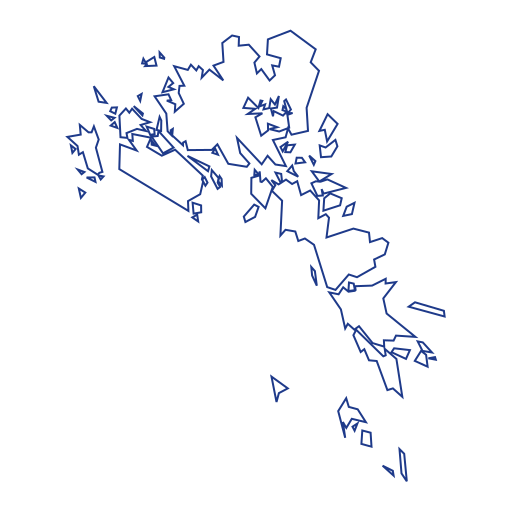 Kota Batam, Kepulauan Riau, Indonesia
{"feature_id": "22746128B16651418017337", "entity_name": "Kota Batam", "entity_type": "district", "adm_level": 2, "iso_a3": "IDN", "parent_name": "Indonesia", "parent_adm1": "Kepulauan Riau", "projection": "albers", "projection_center": [104.04, 0.834], "detail": "fine", "context": "isolated", "style": "outline", "palette": "blue", "viewbox_px": 512, "rotation_deg": 0, "n_neighbors": 0, "source": "geoboundaries", "source_scale": "gbopen_adm2", "svg_char_len": 6089}
<svg xmlns="http://www.w3.org/2000/svg" viewBox="0 0 512 512"><path d="M237.0,137.9L261.7,164.3L267.6,155.8L275.4,164.5L285.9,166.1L272.9,140.0L285.6,137.3L288.0,128.4L291.5,134.7L308.0,130.9L306.6,107.8L319.0,70.8L310.7,62.3L315.7,49.3L290.5,30.7L267.9,39.4L267.0,54.4L280.7,58.2L279.0,66.7L272.2,65.4L275.0,75.3L269.6,80.5L261.3,69.1L256.9,73.4L254.4,62.6L259.5,56.5L248.8,44.7L238.7,45.7L239.0,37.0L232.1,35.5L222.3,43.0L223.5,61.9L213.5,65.6L223.3,80.4L209.4,69.6L201.7,77.7L202.9,70.0L198.7,66.2L196.3,70.4L190.9,64.7L187.8,69.9L174.2,66.2L184.3,85.7L179.5,85.9L178.7,93.0L183.8,103.8L174.8,111.7L175.3,104.2L166.8,100.6L171.2,100.2L168.5,94.3L154.6,96.3L166.3,113.6L167.6,131.2L171.3,135.0L170.7,130.3L172.8,128.9L172.2,135.4L183.0,145.3L183.1,142.6L185.6,141.2L187.8,150.1L211.8,149.9L217.4,144.3L228.3,163.8L246.8,166.8L249.4,163.5L240.2,153.1L237.0,137.9ZM248.1,97.7L258.4,108.0L260.5,100.5L262.3,100.9L259.6,106.4L265.1,104.4L263.5,109.4L269.2,108.1L270.7,99.2L274.9,104.5L278.9,96.0L277.0,107.6L270.9,108.5L273.0,116.3L273.7,111.1L283.0,115.6L286.7,111.6L282.5,110.1L283.3,106.2L286.4,109.3L284.2,101.1L286.0,99.5L290.9,109.5L287.8,113.3L292.6,113.0L287.4,114.9L289.2,127.7L279.2,131.5L269.5,129.1L277.2,127.2L267.9,123.7L268.1,130.4L261.2,135.7L255.4,117.3L262.4,113.3L247.7,114.0L255.3,108.8L243.4,107.9L248.1,97.7ZM297.2,181.2L292.1,184.0L286.0,179.6L278.6,184.4L271.4,180.1L275.3,185.2L271.9,190.8L282.1,200.7L280.4,235.6L285.5,229.8L295.3,231.5L298.3,241.0L304.9,238.5L314.0,244.8L327.2,287.1L335.5,289.9L348.8,274.5L357.0,277.2L375.4,266.8L374.1,259.5L384.8,254.4L388.4,242.7L382.2,238.1L370.0,242.1L369.0,232.6L353.4,228.6L326.5,237.5L329.0,217.7L325.8,214.2L318.3,218.2L319.1,200.4L310.2,190.5L301.1,195.1L297.2,181.2ZM151.0,137.7L132.3,134.0L132.8,140.9L128.9,139.8L136.6,150.5L120.0,144.4L119.3,169.1L188.4,210.9L188.0,201.1L200.2,194.2L203.1,181.6L201.9,179.3L202.8,175.6L175.1,149.7L161.8,155.7L147.0,146.9L151.0,137.7ZM385.7,278.8L372.1,285.6L355.1,286.2L355.6,290.0L354.8,290.8L348.5,291.7L343.2,287.3L338.6,294.3L329.3,292.4L340.9,309.4L345.2,328.5L347.8,323.8L354.3,329.6L359.0,326.2L372.6,343.1L384.2,346.6L383.9,340.3L393.6,340.6L396.0,335.6L415.4,336.9L386.6,313.5L383.3,298.4L395.9,282.1L385.6,283.5L385.7,278.8ZM356.2,329.8L353.4,335.2L360.7,352.0L364.3,349.2L369.0,360.3L376.7,361.0L387.4,390.1L392.9,388.4L402.3,396.8L396.4,358.9L384.7,348.8L385.7,355.3L383.3,356.3L356.2,329.8ZM88.5,132.3L79.8,124.9L80.7,134.6L67.4,136.9L77.5,146.0L78.9,154.7L82.9,152.2L87.8,168.4L97.7,174.7L99.4,172.8L102.4,171.9L95.9,147.7L98.7,139.5L93.9,126.4L91.6,132.3L88.5,132.3ZM129.3,112.7L125.9,108.5L119.4,115.6L120.5,137.2L127.4,137.9L126.5,133.1L137.0,128.9L146.0,131.0L140.6,125.0L150.1,122.2L141.6,118.9L132.1,108.7L129.3,112.7ZM260.5,181.6L259.7,171.4L259.0,175.6L251.4,177.8L251.2,193.8L265.4,208.3L272.8,186.8L265.9,178.3L261.8,182.0L260.5,181.6ZM346.2,398.2L338.2,411.1L345.2,437.8L342.9,422.0L346.3,427.9L351.8,418.8L365.9,422.2L357.7,409.3L348.8,406.9L346.2,398.2ZM327.4,179.4L320.6,181.7L315.8,181.3L311.4,183.3L317.4,195.9L322.8,195.5L321.6,189.1L323.6,193.6L346.0,187.9L327.4,179.4ZM327.6,114.2L319.4,130.9L324.8,129.8L327.1,141.4L337.6,123.9L327.6,114.2ZM341.7,198.2L330.2,193.4L324.2,198.3L323.4,210.7L340.1,205.3L341.7,198.2ZM335.4,139.9L325.6,147.5L319.7,145.4L321.0,157.2L331.3,156.5L337.4,146.3L335.4,139.9ZM173.6,147.6L158.5,131.0L157.7,136.0L151.6,136.6L163.0,153.3L173.6,147.6ZM415.0,302.3L408.7,306.7L444.6,316.5L443.9,310.8L415.0,302.3ZM287.8,388.4L271.5,376.6L276.5,402.0L278.9,393.1L287.8,388.4ZM409.9,350.1L394.1,348.3L391.5,352.2L406.0,358.9L409.9,350.1ZM331.6,174.0L311.8,171.3L319.3,181.5L331.6,174.0ZM362.3,430.5L361.4,443.9L371.5,446.7L370.6,432.7L362.3,430.5ZM106.6,102.9L93.8,86.2L98.6,101.7L106.6,102.9ZM209.4,166.4L187.5,155.9L208.0,171.2L209.4,166.4ZM421.1,350.9L414.8,360.9L427.6,366.7L426.1,354.8L421.1,350.9ZM399.5,449.1L401.5,473.4L406.8,481.3L404.2,453.8L399.5,449.1ZM254.2,204.6L243.8,216.6L245.4,222.0L255.1,216.9L258.6,206.9L254.2,204.6ZM354.5,202.8L346.7,206.7L343.2,215.9L351.9,214.1L354.5,202.8ZM192.6,202.7L193.6,213.6L201.2,212.3L201.1,205.4L192.6,202.7ZM154.3,57.0L146.2,62.0L146.8,64.2L145.2,66.1L156.5,65.6L154.3,57.0ZM211.8,170.1L211.1,176.4L217.6,188.9L220.2,186.9L217.7,182.7L218.6,178.0L211.8,170.1ZM417.7,341.4L422.5,350.9L432.0,352.5L422.8,342.4L417.7,341.4ZM173.2,83.1L168.5,77.5L162.5,92.2L173.9,89.3L168.4,86.9L173.2,83.1ZM292.2,165.5L287.3,171.2L298.2,176.7L293.8,171.1L292.2,165.5ZM294.8,144.6L287.1,145.3L285.3,152.1L290.4,152.3L294.8,144.6ZM159.6,116.9L156.5,129.9L161.1,131.0L161.3,120.5L159.6,116.9ZM349.0,282.5L348.4,291.0L354.9,290.2L353.7,283.6L349.0,282.5ZM142.9,113.5L133.7,106.1L142.4,115.4L142.9,113.5ZM146.7,126.6L150.2,134.8L154.6,134.2L154.2,128.9L146.7,126.6ZM296.7,157.7L295.5,163.5L305.1,162.3L301.9,157.8L296.7,157.7ZM288.1,141.7L280.5,147.0L282.7,151.4L288.1,141.7ZM316.8,285.7L314.9,271.1L311.3,267.0L312.1,275.5L316.8,285.7ZM392.8,470.8L382.6,465.7L393.6,475.6L392.8,470.8ZM218.0,154.7L215.2,148.6L212.4,152.8L218.0,154.7ZM275.5,172.6L280.2,181.8L282.0,181.2L281.2,173.9L275.5,172.6ZM117.3,127.9L114.7,122.1L110.7,125.6L117.3,127.9ZM85.3,192.6L78.8,188.5L80.9,197.9L85.3,192.6ZM354.6,430.7L357.4,423.5L352.5,426.7L354.6,430.7ZM116.9,107.4L111.8,107.6L110.2,111.2L115.3,113.7L116.9,107.4ZM204.7,177.1L202.2,179.7L205.4,185.7L207.5,182.6L204.7,177.1ZM197.2,214.7L192.3,217.4L198.2,221.5L197.2,214.7ZM94.5,177.4L86.6,177.5L95.5,181.9L94.5,177.4ZM75.6,149.0L70.9,145.4L72.4,152.9L75.6,149.0ZM114.5,117.8L106.8,115.8L111.2,120.4L114.5,117.8ZM140.2,100.9L141.6,93.9L137.8,96.1L140.2,100.9ZM84.4,172.0L77.7,169.5L81.6,174.2L84.4,172.0ZM435.0,357.1L428.4,358.3L435.8,359.7L435.0,357.1ZM142.1,63.4L146.4,63.8L143.4,58.7L142.1,63.4ZM258.8,174.6L254.7,169.8L254.3,174.9L258.8,174.6ZM103.5,176.4L98.5,175.5L100.7,179.5L103.5,176.4ZM159.6,52.4L159.8,57.5L164.1,58.8L164.3,57.7L159.6,52.4ZM315.4,161.1L309.2,155.6L313.8,164.8L315.4,161.1ZM219.6,176.1L218.2,181.3L221.9,185.5L221.6,179.0L219.6,176.1ZM151.7,144.7L155.3,145.6L151.5,140.4L151.7,144.7Z" fill="none" stroke="#1e3a8a" stroke-width="2"/></svg>